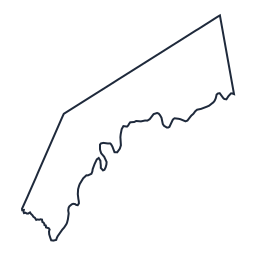 Nova Iorque, Maranhão, Brazil (Equal Earth projection)
{"feature_id": "56859067B71523456666477", "entity_name": "Nova Iorque", "entity_type": "district", "adm_level": 2, "iso_a3": "BRA", "parent_name": "Brazil", "parent_adm1": "Maranhão", "projection": "equal_earth", "projection_center": [-44.087, -6.772], "detail": "fine", "context": "isolated", "style": "outline", "palette": "slate", "viewbox_px": 256, "rotation_deg": 0, "n_neighbors": 0, "source": "geoboundaries", "source_scale": "gbopen_adm2", "svg_char_len": 1952}
<svg xmlns="http://www.w3.org/2000/svg" viewBox="0 0 256 256"><path d="M51.2,240.3L53.4,240.6L56.2,239.9L56.8,238.0L57.6,236.3L62.3,229.6L64.1,227.6L66.3,224.3L67.0,222.8L67.9,219.3L68.7,213.5L68.2,210.4L68.7,207.5L69.5,206.2L71.8,204.3L73.2,203.8L75.1,204.1L76.2,204.9L77.7,205.2L78.9,203.4L78.8,201.3L78.4,199.2L77.8,194.2L77.9,192.6L78.1,189.2L79.1,185.7L79.8,183.9L83.2,178.3L86.4,175.3L87.9,175.4L91.4,173.8L92.3,171.6L92.7,169.1L94.6,164.0L96.8,159.4L98.7,158.0L100.4,160.8L100.5,162.7L100.8,165.4L100.8,167.9L103.0,170.4L104.4,169.8L105.6,167.4L106.4,164.5L106.6,162.0L104.2,156.8L101.2,153.3L100.3,150.6L100.0,149.2L100.0,144.6L101.0,143.4L103.4,142.9L108.0,143.5L110.1,143.4L111.1,144.3L112.4,146.6L114.5,152.2L117.2,152.3L119.8,148.7L120.9,145.3L120.4,137.2L120.7,134.2L121.7,129.1L123.4,126.1L127.0,126.6L128.2,125.5L128.9,124.1L130.2,122.3L134.2,122.0L136.2,121.0L140.9,121.4L145.1,120.5L147.4,120.6L149.7,119.2L153.6,114.1L157.1,113.0L158.7,113.6L160.1,115.3L161.5,117.8L162.8,124.0L164.0,125.8L166.8,127.5L168.2,127.5L169.4,126.9L172.7,119.9L173.6,118.9L174.6,118.3L178.7,118.8L180.4,119.2L185.5,121.3L187.4,120.6L189.4,118.0L191.3,115.6L193.3,113.9L195.3,111.2L197.1,109.7L201.0,108.9L206.8,106.7L209.1,105.7L213.5,102.2L214.6,100.8L215.7,98.4L216.3,96.0L216.6,94.6L217.9,93.5L219.7,93.2L223.2,98.0L224.3,99.0L226.4,99.3L228.4,96.2L231.0,93.4L232.1,93.4L234.0,94.1L219.9,15.4L216.9,17.2L197.9,29.3L196.3,30.2L193.6,31.9L171.6,45.8L149.9,59.5L118.6,79.2L114.4,81.9L63.8,113.8L63.0,115.5L61.7,118.4L37.9,172.8L35.8,177.8L32.0,186.4L29.7,191.6L27.4,196.9L22.0,208.8L22.2,210.2L23.8,210.0L23.5,211.7L24.0,213.1L25.5,212.7L26.7,213.5L28.1,213.6L30.0,212.4L30.9,213.8L32.4,215.2L33.4,216.8L34.9,217.8L36.2,219.9L37.3,219.5L39.4,219.7L40.5,219.3L42.0,219.6L42.4,222.0L43.4,222.5L44.2,223.5L44.5,225.1L45.8,225.5L46.0,227.4L48.7,228.2L49.6,229.5L49.0,231.5L49.2,234.3L50.3,237.8L51.2,240.3Z" fill="none" stroke="#1e293b" stroke-width="2"/></svg>